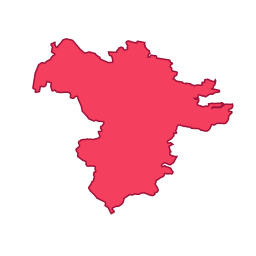 the Region of Rostov, rotated 189°
{"feature_id": "RUS-2367", "entity_name": "Rostov", "entity_type": "Region", "adm_level": 1, "iso_a3": "RUS", "parent_name": "Russia", "parent_adm1": "", "projection": "robinson", "projection_center": [41.086, 48.087], "detail": "fine", "context": "isolated", "style": "filled", "palette": "rose", "viewbox_px": 256, "rotation_deg": 189, "n_neighbors": 0, "source": "natural_earth", "source_scale": "10m", "svg_char_len": 5817}
<svg xmlns="http://www.w3.org/2000/svg" viewBox="0 0 256 256"><g transform="rotate(189 128 128)"><path d="M83.8,88.9L84.7,88.7L85.1,86.5L85.8,85.5L88.5,83.7L90.2,81.8L91.6,81.0L91.9,80.6L91.9,79.1L92.5,77.0L89.4,73.2L88.7,72.0L88.5,70.7L89.1,69.4L90.9,68.4L91.4,67.8L91.6,67.0L91.2,66.6L92.7,65.3L93.8,65.0L96.6,65.3L100.6,66.3L103.2,66.3L105.2,65.5L106.4,64.5L107.1,64.2L109.4,63.9L110.6,64.0L113.3,62.5L115.9,62.5L120.5,58.2L120.9,57.2L121.0,55.2L121.4,53.2L123.1,50.9L125.1,49.3L128.1,48.5L130.8,46.5L131.0,45.8L130.7,45.2L128.8,43.7L128.5,43.2L128.8,42.6L131.2,40.8L135.3,46.5L137.8,47.3L138.5,47.8L138.6,48.0L138.3,48.8L138.3,49.8L139.3,51.4L147.7,53.9L148.7,55.0L151.7,57.5L155.4,60.0L157.3,62.4L157.5,63.1L156.3,65.5L155.5,67.4L155.3,69.1L154.3,69.7L154.0,70.1L153.9,72.2L153.5,74.2L153.6,74.7L154.5,76.0L154.7,78.8L154.4,79.2L153.2,79.4L152.9,80.0L154.2,82.4L154.1,84.4L154.9,84.9L157.4,84.9L161.8,84.0L162.9,84.4L163.8,85.6L164.1,87.9L164.5,88.5L167.3,88.9L173.2,92.0L173.4,92.6L173.2,94.7L173.6,95.4L175.4,97.3L176.0,98.9L173.0,102.5L173.1,103.4L174.5,105.5L174.6,106.2L174.2,107.3L173.1,107.8L172.3,109.1L170.9,109.3L170.0,109.8L168.4,109.9L166.5,110.8L165.1,110.6L163.6,111.1L160.9,111.1L156.1,113.1L154.5,114.7L154.3,115.3L155.7,117.6L156.7,119.7L156.4,120.1L154.1,120.4L153.6,120.8L153.5,121.4L153.6,122.1L154.9,123.2L155.2,124.9L155.1,125.2L154.0,125.9L153.6,126.3L152.6,129.0L152.7,129.9L153.0,130.3L154.5,130.4L157.7,130.1L159.3,130.2L160.9,130.8L162.1,129.8L162.9,129.6L168.0,130.9L170.0,132.9L175.8,137.5L177.6,142.4L181.5,148.4L182.6,150.7L183.2,151.4L184.6,151.1L186.4,148.9L187.3,148.7L189.1,148.8L189.7,149.1L189.8,150.1L189.8,152.0L190.9,153.4L192.1,153.9L193.3,153.9L200.4,152.5L203.4,152.4L204.3,152.6L206.3,154.1L207.7,153.1L208.6,152.8L209.4,154.0L210.8,157.1L210.9,158.2L210.7,160.4L211.0,160.7L215.4,161.3L215.8,157.4L216.5,156.2L217.5,155.6L220.9,155.4L221.1,155.2L221.2,150.1L224.7,148.8L225.2,149.0L225.3,151.1L225.4,151.5L227.7,152.2L228.1,152.5L228.2,152.9L228.2,167.7L226.2,176.3L223.9,178.6L223.0,179.1L221.1,178.9L220.1,179.3L219.4,180.5L215.5,183.6L215.0,184.2L214.8,185.6L213.7,187.4L212.0,188.8L211.8,189.4L212.2,189.9L214.9,190.8L215.5,191.5L215.3,196.1L216.9,198.0L217.0,198.5L216.9,199.2L215.5,199.9L213.8,201.2L213.5,201.2L213.4,199.3L212.8,198.2L212.1,197.2L210.9,196.4L210.5,196.4L210.3,196.8L210.0,198.0L207.4,202.0L206.4,204.3L205.6,205.0L203.1,206.4L196.9,206.0L195.7,205.3L187.8,198.4L182.8,195.3L182.2,195.3L177.8,197.2L176.6,196.8L172.3,196.4L171.9,196.3L170.6,194.9L166.9,193.4L166.8,192.7L165.7,191.6L157.8,189.5L153.9,190.3L153.4,190.6L153.4,190.9L154.2,194.1L155.2,196.0L155.8,196.6L157.3,196.8L158.0,197.3L159.1,200.1L152.2,200.8L151.1,201.3L151.1,202.4L150.8,203.1L150.0,203.9L149.6,205.5L148.4,206.0L147.7,206.7L147.1,206.8L145.2,206.2L144.8,205.1L143.7,204.4L142.9,204.5L141.2,205.8L140.8,206.3L140.8,206.7L141.5,207.7L141.1,208.8L141.2,209.3L143.0,211.4L143.2,212.3L142.9,213.2L141.9,213.8L140.6,214.1L137.8,213.5L133.3,213.3L132.8,213.4L132.4,215.1L131.8,215.2L124.8,215.0L124.8,213.1L124.0,212.3L123.9,211.1L123.6,210.3L122.4,209.7L121.0,208.3L119.3,207.8L119.0,207.4L118.7,205.9L118.0,205.2L118.2,204.7L119.0,204.2L119.3,203.5L119.4,201.1L117.4,201.7L117.2,201.9L117.1,203.2L116.6,203.5L111.5,203.6L111.0,203.0L110.8,201.8L110.6,201.6L97.8,201.6L97.1,201.1L96.2,199.4L94.4,199.0L94.3,198.4L94.6,197.9L96.0,196.6L95.9,195.0L94.4,194.3L93.7,191.6L93.5,191.4L88.6,190.9L88.2,190.7L88.0,190.1L88.3,187.6L88.8,187.2L89.9,186.8L90.2,185.1L91.1,183.6L89.1,182.9L87.5,181.9L81.7,181.8L81.3,181.7L80.8,181.0L80.1,180.9L78.0,180.9L77.2,181.4L72.9,181.3L72.3,180.7L69.7,180.4L69.2,180.1L68.6,180.1L67.5,180.9L65.9,181.4L61.8,181.7L61.6,182.3L62.0,183.6L61.9,184.5L61.5,184.9L60.2,184.9L59.7,185.1L59.5,186.1L59.7,187.5L59.4,187.8L56.9,188.6L52.4,187.4L50.2,187.2L49.8,187.5L49.4,189.1L48.7,188.1L49.1,184.0L50.0,183.4L50.3,181.3L50.2,180.1L51.1,179.8L50.7,179.6L49.5,179.5L48.9,179.8L43.9,179.5L43.6,179.3L43.4,177.9L47.6,176.6L49.7,174.6L52.0,174.4L53.8,173.2L55.3,171.7L56.6,170.9L57.3,171.1L57.9,171.7L59.1,171.2L62.7,171.9L63.3,171.7L63.6,171.1L64.1,168.8L64.8,168.2L66.9,167.6L65.8,166.9L64.9,167.0L63.3,168.7L62.8,168.3L62.7,167.9L63.1,166.7L62.5,166.5L62.3,166.2L62.6,164.5L63.1,164.4L63.4,163.9L63.4,162.7L62.8,161.6L60.3,161.3L59.3,160.8L58.8,161.1L57.1,160.6L54.7,161.9L52.4,161.9L51.9,163.2L52.2,164.5L50.5,164.9L49.2,165.6L46.7,165.6L42.6,166.6L39.6,166.7L40.1,167.3L40.1,167.6L38.4,167.4L37.6,167.0L37.1,166.4L37.7,166.2L38.2,165.3L38.9,164.8L39.8,163.4L40.9,162.9L46.9,162.2L48.4,161.0L48.4,160.6L48.1,160.5L47.1,161.7L41.0,162.4L39.6,162.9L38.5,163.7L37.9,164.8L36.6,165.7L36.2,166.5L35.5,166.8L30.2,167.4L28.6,168.0L28.1,166.9L28.0,165.6L28.2,164.4L28.8,163.5L30.9,162.4L31.3,161.8L31.4,161.0L31.1,160.5L30.6,160.3L28.2,160.4L27.8,160.0L27.8,159.3L28.3,158.6L30.1,156.2L30.3,155.0L30.2,152.1L30.7,150.7L31.3,149.3L32.2,148.1L33.3,147.5L40.1,146.7L41.0,146.4L43.4,144.4L45.8,144.6L46.1,144.0L46.4,142.3L47.0,140.4L47.8,138.8L49.0,137.6L50.5,137.1L55.8,137.3L57.5,138.3L58.2,138.4L64.9,137.7L65.5,137.8L67.2,138.7L69.3,138.3L71.0,138.7L73.0,138.3L77.3,139.1L78.3,139.0L79.2,138.3L79.7,137.2L80.0,136.1L79.8,135.0L80.4,133.0L79.9,131.7L79.2,130.8L79.9,130.2L81.9,130.0L82.0,129.6L81.5,128.3L81.6,127.4L82.0,126.6L83.6,124.0L86.4,121.8L86.8,121.1L86.9,120.3L86.4,119.6L85.7,119.5L83.4,120.1L81.1,118.9L83.4,117.3L84.7,116.1L82.8,112.3L82.1,111.7L82.0,111.1L82.8,111.0L82.9,110.6L82.5,108.7L81.8,108.0L81.0,107.6L77.1,107.2L75.3,107.5L77.6,101.0L77.9,100.6L78.7,100.4L79.4,99.1L80.1,98.5L81.5,98.2L85.1,99.3L86.4,99.2L87.9,98.3L88.9,96.8L89.0,96.0L88.3,95.3L87.5,95.2L86.3,96.3L85.6,96.6L84.3,95.6L82.8,95.7L79.4,94.9L78.4,93.2L76.7,91.8L77.0,89.8L77.5,89.5L79.2,89.6L81.8,88.8L83.8,88.9Z" fill="#f43f5e" stroke="#9f1239" stroke-width="1.5"/></g></svg>